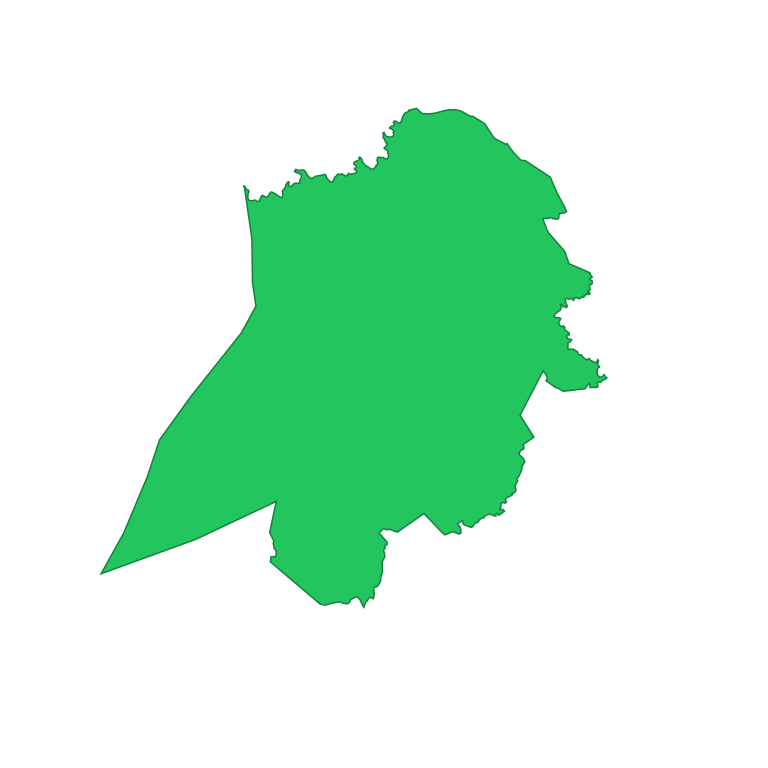 outline of San Agustín Loxicha, Oaxaca, Mexico, rotated 22°
{"feature_id": "50627088B42356664126835", "entity_name": "San Agustín Loxicha", "entity_type": "district", "adm_level": 2, "iso_a3": "MEX", "parent_name": "Mexico", "parent_adm1": "Oaxaca", "projection": "orthographic", "projection_center": [-96.596, 15.968], "detail": "fine", "context": "isolated", "style": "filled", "palette": "green", "viewbox_px": 768, "rotation_deg": 22, "n_neighbors": 0, "source": "geoboundaries", "source_scale": "gbopen_adm2", "svg_char_len": 6170}
<svg xmlns="http://www.w3.org/2000/svg" viewBox="0 0 768 768"><g transform="rotate(22 384 384)"><path d="M449.1,598.6L448.6,593.4L449.8,591.3L450.1,588.4L450.8,587.2L452.3,586.7L454.6,587.0L453.9,583.3L452.9,581.0L452.0,580.0L451.1,576.5L451.5,575.6L453.0,574.9L453.9,573.4L454.7,568.3L453.5,564.9L453.1,559.1L448.9,549.4L449.5,544.3L449.2,543.1L447.3,540.0L446.2,539.0L446.0,537.8L446.4,536.0L446.2,534.9L445.5,534.2L445.6,533.3L446.9,531.8L446.9,531.0L445.7,529.2L439.8,526.3L438.4,525.2L436.9,525.2L435.3,523.9L437.3,519.0L438.0,518.3L441.0,518.1L444.6,516.3L446.5,516.6L449.4,516.5L450.7,516.1L451.8,516.4L469.6,489.1L492.9,499.7L496.8,501.1L499.7,498.7L501.4,496.4L503.7,495.1L509.7,495.1L511.1,493.3L510.5,491.4L508.2,488.2L505.0,486.6L504.9,485.7L506.8,482.6L508.1,481.6L509.5,483.7L511.2,484.6L518.4,484.3L519.7,483.0L520.2,479.8L520.7,478.7L522.8,477.3L523.4,474.1L524.9,471.5L526.0,471.1L526.7,470.5L527.0,468.9L528.7,466.5L531.1,465.0L533.8,464.8L535.5,465.1L537.3,464.3L536.5,462.8L536.8,461.8L537.7,461.5L538.4,462.3L539.5,462.6L540.2,462.1L543.2,457.0L543.2,456.5L541.4,456.3L541.2,455.8L539.3,456.8L538.3,456.9L538.5,454.7L537.5,451.0L537.9,449.9L538.4,449.4L540.2,449.3L541.3,448.8L541.8,447.7L539.4,445.4L541.2,442.3L542.5,441.4L544.2,439.3L544.5,438.1L543.7,437.0L544.8,436.6L545.7,435.7L546.2,434.5L546.0,432.7L544.4,430.8L543.7,427.8L544.3,424.1L544.0,423.2L542.7,422.2L542.6,421.5L543.5,419.6L543.8,415.5L543.8,412.4L542.8,407.7L543.7,404.4L543.6,403.3L541.2,400.8L536.7,399.2L535.4,398.1L535.3,396.3L536.1,393.1L537.4,392.8L537.8,390.8L536.8,389.8L536.7,389.0L535.8,388.0L542.9,377.1L521.9,362.0L526.6,312.2L530.7,314.7L533.6,317.8L532.8,320.1L544.7,323.1L546.1,322.7L553.0,323.6L572.4,312.9L573.0,310.2L572.8,309.5L573.9,306.8L575.1,307.4L575.1,308.1L575.7,308.3L576.1,310.0L578.2,309.4L579.2,308.5L581.8,308.1L582.4,306.8L583.5,306.4L581.2,303.0L581.4,302.2L584.5,301.0L585.1,299.0L588.0,295.8L588.3,294.8L586.8,294.5L584.7,292.8L583.3,295.7L582.2,296.6L580.3,296.4L578.8,295.8L577.8,294.5L577.0,291.8L575.8,289.7L577.4,287.9L577.2,287.3L574.5,285.6L574.5,283.0L574.0,281.9L573.1,281.3L572.9,284.4L572.5,285.1L566.8,284.7L564.7,283.5L563.0,285.7L559.2,285.0L555.8,283.1L553.5,284.0L551.1,281.6L546.2,280.8L542.7,282.5L541.3,282.4L539.2,276.9L540.8,275.1L541.3,273.6L541.3,272.6L537.2,273.1L535.4,271.2L535.5,270.2L537.4,269.1L536.7,267.5L531.4,266.0L530.4,263.7L528.5,262.9L527.0,264.6L523.2,262.7L523.3,257.2L521.9,256.9L517.4,258.2L516.1,257.9L516.4,255.4L518.5,251.1L519.6,250.0L519.8,249.0L519.8,247.6L517.9,244.0L518.6,243.5L520.5,244.7L520.9,245.4L523.0,244.4L524.3,245.0L524.9,243.5L523.8,242.0L521.3,239.8L520.7,237.5L520.9,236.5L522.7,235.9L524.0,236.2L525.4,234.5L526.6,234.3L527.8,235.5L528.6,234.9L528.6,232.7L529.6,231.8L532.9,231.9L533.9,231.2L535.0,229.0L536.5,228.9L536.8,228.4L536.4,227.2L537.4,226.9L537.8,225.0L540.0,224.4L540.9,223.8L541.0,222.7L540.1,222.1L538.5,222.9L537.9,222.0L539.3,220.5L539.7,219.2L537.6,215.8L537.7,214.6L539.1,213.9L539.4,212.4L538.0,210.2L536.2,210.3L535.1,209.8L535.2,209.1L536.6,207.8L537.0,206.7L534.1,205.3L533.9,204.1L532.9,204.4L532.5,203.7L510.4,203.2L502.1,193.5L480.3,182.3L477.7,180.4L469.2,171.1L473.5,169.3L477.0,166.9L479.4,167.4L480.6,166.7L481.8,166.7L483.4,166.1L483.8,164.0L482.9,162.4L483.0,159.9L484.1,159.8L486.2,158.1L487.1,157.8L488.7,155.8L485.9,152.9L473.3,142.4L460.7,129.9L431.5,124.0L427.1,125.2L417.3,120.8L408.1,115.0L407.5,116.1L394.1,114.9L379.9,104.9L366.0,102.5L363.8,103.4L353.3,102.1L347.2,102.9L343.8,104.7L342.3,104.8L336.7,108.6L329.9,113.7L324.5,116.7L318.0,118.9L311.0,116.3L304.4,120.9L305.3,121.5L302.3,124.6L301.5,126.3L301.2,130.1L301.6,135.0L301.2,135.8L300.2,136.4L299.1,136.7L297.6,135.9L296.1,135.9L295.1,136.4L294.6,137.2L294.9,138.4L295.8,138.6L296.3,140.2L295.9,141.4L294.0,142.4L293.2,144.6L293.9,144.9L294.6,144.7L297.1,145.1L298.4,145.8L298.2,147.4L299.4,148.5L299.7,150.2L298.8,152.0L295.4,153.4L294.0,153.5L292.2,153.0L289.9,150.7L289.3,151.1L289.1,152.1L290.4,153.9L290.8,155.9L292.0,156.3L295.1,159.3L297.1,160.2L296.5,163.5L295.8,164.6L295.8,165.4L296.4,165.8L299.3,165.9L300.5,166.8L301.3,169.1L302.9,170.7L302.9,173.4L302.5,174.3L300.2,174.7L298.5,174.2L296.4,175.3L294.1,175.6L293.2,176.5L293.7,179.1L295.5,181.9L295.7,182.8L294.6,184.2L295.0,185.4L293.9,188.5L293.2,189.2L290.2,189.4L289.4,189.0L284.4,188.1L280.7,186.0L279.4,183.9L278.3,183.6L277.2,182.8L276.3,182.8L276.0,183.4L276.8,184.8L276.3,186.5L274.6,187.9L273.1,190.0L273.2,190.6L273.6,191.4L276.1,192.2L277.2,193.0L277.3,194.2L275.9,195.1L276.6,196.1L278.3,196.6L279.6,197.9L279.5,198.5L274.2,202.2L272.4,201.8L271.8,203.2L271.9,204.3L270.7,205.5L266.2,204.9L265.0,206.2L263.7,206.2L262.6,206.7L261.9,208.4L261.7,209.6L260.7,211.0L260.8,215.4L258.9,216.6L257.8,216.6L253.6,214.3L252.0,212.2L251.0,211.8L249.4,212.4L249.0,213.3L242.6,217.0L241.4,219.0L239.7,220.9L236.5,220.0L234.0,218.6L233.3,217.7L231.2,216.3L229.4,215.6L227.6,216.3L225.7,217.8L221.7,218.1L221.2,220.3L222.2,220.7L227.9,220.8L229.1,221.4L229.8,222.6L230.0,224.2L229.6,226.6L230.3,228.7L230.1,229.7L226.3,231.1L225.4,232.0L223.8,235.8L222.6,236.2L221.5,235.8L220.3,232.3L219.6,232.2L218.9,233.3L218.4,236.1L218.9,238.3L217.4,243.3L218.9,245.4L219.8,247.6L219.5,249.2L217.9,249.7L211.3,248.3L208.4,248.0L207.3,248.4L206.5,250.2L206.4,252.7L205.6,254.4L205.0,255.0L200.5,254.6L199.8,255.9L199.9,260.0L199.7,261.0L198.9,262.0L197.6,262.3L196.2,261.7L195.5,261.8L192.5,263.8L191.3,264.2L189.6,264.0L187.6,262.0L187.6,260.9L186.9,259.1L186.6,255.8L185.6,255.0L182.8,255.0L182.2,253.8L181.3,253.1L180.0,252.8L179.7,253.1L180.7,253.5L207.1,298.8L224.0,339.0L236.1,359.7L232.6,390.1L209.7,467.6L196.8,519.8L199.3,559.2L198.5,619.7L192.8,665.9L268.0,598.2L328.1,533.2L333.6,564.6L340.4,570.6L340.8,571.5L340.8,572.8L342.2,575.2L343.3,576.2L343.4,577.5L345.9,578.7L347.8,581.5L348.0,584.5L347.7,585.0L344.2,586.2L344.0,586.7L344.5,588.7L345.2,589.7L345.0,591.4L407.3,612.0L412.5,611.0L417.2,607.2L424.0,602.8L426.4,602.3L428.1,602.7L429.5,601.9L430.8,602.2L432.2,601.7L433.9,599.3L433.9,596.4L438.0,591.6L439.2,591.4L442.3,592.8L447.8,597.9L449.1,598.6Z" fill="#22c55e" stroke="#15803d" stroke-width="1.5"/></g></svg>